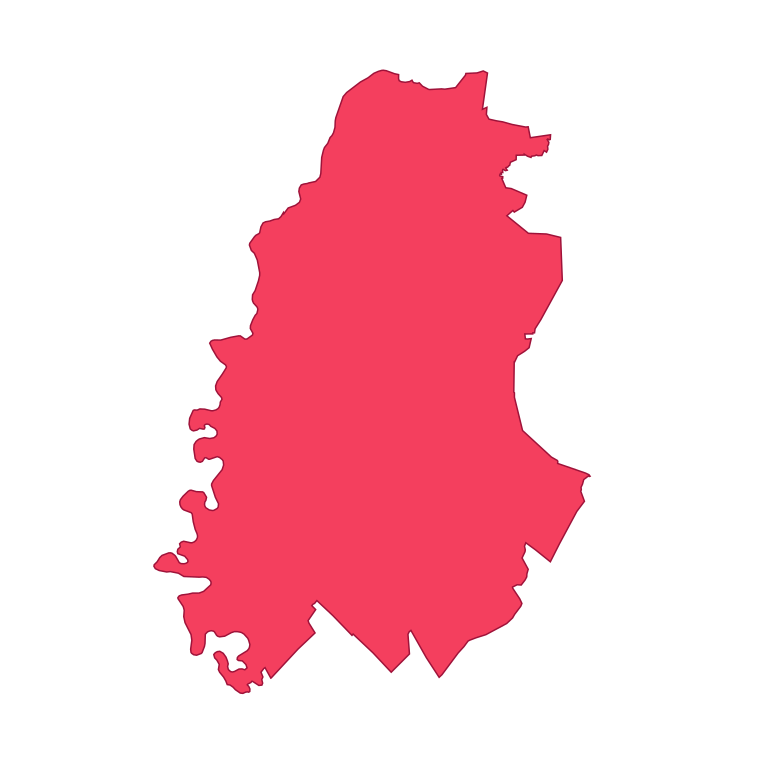 Puchenii Mari, Prahova, Romania, rotated 95°
{"feature_id": "2599482B6135961809734", "entity_name": "Puchenii Mari", "entity_type": "district", "adm_level": 2, "iso_a3": "ROU", "parent_name": "Romania", "parent_adm1": "Prahova", "projection": "orthographic", "projection_center": [26.095, 44.824], "detail": "fine", "context": "isolated", "style": "filled", "palette": "rose", "viewbox_px": 768, "rotation_deg": 95, "n_neighbors": 0, "source": "geoboundaries", "source_scale": "gbopen_adm2", "svg_char_len": 6138}
<svg xmlns="http://www.w3.org/2000/svg" viewBox="0 0 768 768"><g transform="rotate(95 384 384)"><path d="M585.7,597.3L587.9,595.7L589.4,591.7L590.2,584.1L589.5,580.6L590.4,572.3L593.2,566.6L592.5,551.1L592.0,547.8L592.1,544.1L593.8,541.1L595.6,539.4L597.2,538.9L599.2,539.1L606.3,545.6L608.4,550.0L609.0,556.5L610.4,560.8L611.8,567.2L612.9,569.5L614.7,570.7L615.8,570.5L623.2,564.6L626.8,563.3L633.2,563.2L639.1,561.4L650.4,554.4L656.0,553.1L665.0,553.5L668.1,552.9L669.0,552.2L670.3,550.0L670.5,547.0L668.4,542.6L667.4,541.8L661.1,540.0L658.0,539.7L648.8,540.2L646.3,538.2L645.3,536.3L644.8,534.4L645.1,532.2L645.7,531.3L649.0,528.8L649.8,527.6L650.2,525.7L649.1,520.7L645.0,514.4L643.7,511.4L643.5,508.5L643.7,506.0L644.0,504.3L645.3,501.7L649.2,497.5L651.3,496.4L655.2,494.9L658.0,495.1L659.5,495.6L661.6,497.0L667.6,505.1L669.2,506.2L671.2,506.3L672.1,505.0L672.2,501.0L675.5,497.1L678.7,495.7L680.8,497.7L680.2,500.6L680.6,503.6L683.4,507.9L684.1,509.8L683.9,511.7L682.0,514.2L679.0,515.2L676.4,514.8L673.4,515.9L669.9,517.6L666.3,520.7L664.6,524.3L665.1,526.6L665.8,527.8L667.0,529.2L668.4,530.0L671.6,528.8L673.7,526.4L677.7,523.7L682.9,524.1L685.5,522.6L690.0,518.2L693.6,515.7L697.1,514.0L697.3,511.1L699.2,507.9L701.5,505.4L704.4,500.3L704.5,497.6L703.0,494.9L702.6,493.1L702.8,491.9L702.0,490.9L699.5,491.0L697.1,492.3L695.6,494.0L694.6,493.3L693.0,490.6L691.7,489.8L691.7,489.0L695.2,482.4L694.6,479.4L692.6,478.8L689.1,480.0L686.4,479.1L681.8,481.4L678.0,479.0L676.9,477.8L686.9,471.1L686.7,470.8L655.5,446.5L638.0,431.0L628.8,437.9L626.3,439.0L614.7,432.4L611.1,436.6L609.6,435.6L608.6,434.0L605.6,432.0L619.2,414.7L637.2,394.0L635.8,393.0L652.8,371.5L670.5,351.7L650.7,335.1L631.3,338.3L628.8,337.4L627.1,335.7L652.9,318.0L671.4,303.5L668.5,300.9L645.5,286.7L638.7,281.5L632.8,277.9L631.8,276.4L628.8,270.2L624.8,260.6L611.9,240.9L605.8,235.5L602.1,233.8L593.5,228.4L590.6,227.5L586.1,230.1L576.2,238.0L575.1,238.3L572.4,233.9L572.3,229.8L567.0,226.4L563.7,225.0L560.7,225.1L556.0,224.2L545.3,231.3L538.8,228.9L536.8,228.8L533.4,229.9L529.8,228.9L535.9,218.8L546.6,202.8L527.9,195.3L494.1,180.8L483.4,174.1L473.6,178.7L472.3,178.2L469.8,178.7L466.4,177.5L461.8,176.7L457.4,171.9L458.2,171.4L457.9,170.7L456.5,171.9L455.2,175.4L448.0,204.1L446.0,204.1L445.1,204.6L442.2,210.9L418.3,241.9L385.9,252.9L381.4,253.3L380.7,254.0L350.7,256.2L350.7,255.8L344.2,253.4L339.0,246.6L335.2,242.6L325.9,241.3L326.7,244.9L326.7,247.1L321.9,248.1L321.1,240.1L320.0,240.1L319.9,238.5L315.8,238.3L306.3,233.4L265.3,215.4L222.6,220.8L220.4,235.1L221.3,253.3L205.7,276.3L199.9,270.7L201.4,269.2L195.9,261.6L190.6,259.3L183.5,258.2L178.2,274.3L177.9,279.8L168.9,284.6L168.7,283.7L167.2,283.7L166.7,286.6L165.9,287.0L164.6,286.5L164.8,285.3L163.1,285.7L163.0,284.1L160.7,284.6L159.9,284.3L159.8,283.9L160.9,281.7L160.3,279.9L158.1,281.6L157.6,281.2L157.2,279.7L155.6,278.6L155.3,277.9L152.1,277.4L149.0,271.9L144.6,272.2L143.7,264.2L142.8,264.3L144.6,260.8L145.5,257.3L144.2,256.8L143.5,253.6L142.6,252.2L143.1,250.5L142.6,246.7L137.5,244.8L138.9,242.3L135.9,241.2L132.7,241.8L131.2,241.0L128.9,240.8L126.2,242.8L125.6,242.2L126.3,240.6L125.9,239.7L121.2,239.8L125.9,259.7L115.2,262.8L115.7,265.2L114.3,278.9L112.5,288.6L112.0,295.1L111.0,302.5L106.6,305.5L99.4,305.6L101.8,309.9L65.2,308.0L63.5,312.4L66.0,318.4L67.5,329.5L69.3,329.8L82.5,338.5L85.0,349.1L85.0,352.4L86.7,364.4L86.6,365.3L84.0,371.6L80.9,375.1L81.6,377.1L81.3,380.6L80.5,381.6L78.9,382.6L80.5,384.8L81.6,389.1L81.4,393.2L80.5,395.3L78.6,396.1L74.5,396.4L74.0,400.5L71.7,409.0L71.5,412.1L71.8,413.7L73.1,417.0L75.4,421.2L80.5,426.8L85.2,433.8L96.9,446.6L101.2,449.7L122.9,455.2L126.1,455.5L132.6,455.2L138.1,456.2L141.1,457.5L143.2,459.2L149.2,461.0L153.6,463.9L156.4,464.7L163.7,465.8L179.8,465.3L183.6,465.9L188.2,469.8L190.4,476.9L190.9,477.7L191.8,481.4L192.9,483.8L196.2,485.4L199.7,485.6L207.0,483.1L210.4,484.1L213.7,487.8L217.0,494.8L223.1,498.6L221.9,499.1L226.2,501.2L228.6,503.4L229.7,507.8L231.6,511.9L232.7,516.1L234.1,518.5L238.2,520.3L244.1,521.0L245.0,521.6L247.0,524.6L248.6,525.9L255.5,530.0L257.3,530.2L262.5,527.8L265.1,524.5L271.6,521.0L284.0,517.5L286.7,517.3L292.3,518.1L302.2,520.5L306.6,522.7L311.2,522.6L312.8,522.1L314.8,521.0L318.1,517.4L319.5,516.5L321.1,516.2L324.9,516.8L326.8,518.3L331.4,520.3L337.5,522.1L340.4,522.0L344.9,519.0L346.7,519.3L351.1,524.4L351.4,526.5L348.6,531.3L348.7,533.0L350.8,540.7L354.5,550.5L354.9,556.5L355.5,558.6L356.5,560.1L358.5,561.2L364.2,558.0L371.6,552.8L375.6,548.9L378.8,543.5L380.4,542.5L381.7,542.6L388.2,545.9L396.0,550.4L400.6,551.6L404.4,551.0L405.7,550.2L408.1,548.4L411.7,544.6L413.4,544.1L416.3,545.5L418.8,545.5L421.5,546.2L423.0,547.2L424.5,549.2L425.6,552.3L425.7,553.8L424.7,560.4L424.9,565.3L426.3,567.8L426.4,570.8L427.0,571.8L435.1,574.6L441.0,574.7L445.6,573.1L446.9,571.2L447.3,569.7L446.2,566.3L444.3,563.9L444.7,560.2L444.4,559.0L442.7,558.6L441.7,559.3L440.8,559.3L439.9,558.5L439.3,556.9L439.6,554.6L441.2,552.9L443.0,548.6L445.4,546.3L448.6,545.8L450.6,546.8L452.4,548.8L453.5,552.8L453.1,558.3L454.9,563.2L456.1,564.7L457.6,566.2L460.9,567.9L465.5,567.8L474.7,565.6L477.3,563.5L477.8,561.9L477.9,560.1L476.9,558.2L473.2,556.2L472.9,554.8L474.2,552.2L474.2,551.3L470.9,543.8L471.5,541.4L473.4,538.6L474.7,537.5L478.7,536.7L483.5,537.8L495.0,545.5L498.6,547.0L500.2,546.9L511.6,542.1L517.7,538.4L521.2,538.5L522.6,539.4L524.7,542.5L525.0,543.9L524.7,547.1L522.8,550.7L521.3,551.8L519.5,552.3L517.2,552.2L515.4,551.3L512.3,550.9L507.9,554.1L507.3,555.3L507.6,561.5L506.6,566.9L506.9,568.3L508.0,569.8L513.3,574.4L516.9,576.7L519.2,577.2L522.0,576.7L524.3,575.5L526.0,573.9L526.9,572.4L529.0,564.8L530.4,563.7L537.9,562.0L545.3,559.4L549.4,557.2L551.6,556.5L553.4,556.5L555.8,557.4L557.7,559.1L558.9,561.4L559.0,562.8L558.1,569.9L559.2,572.2L561.0,573.7L563.5,572.8L564.3,572.9L566.6,575.0L569.0,575.3L571.0,574.6L572.9,567.5L576.1,564.3L577.7,563.8L578.8,564.2L579.8,565.5L580.5,567.5L580.6,570.6L579.8,572.4L573.7,576.6L572.7,577.8L571.0,580.5L570.8,582.0L571.0,583.7L574.1,590.2L576.4,592.2L580.9,594.5L584.1,597.2L585.7,597.3Z" fill="#f43f5e" stroke="#9f1239" stroke-width="1.5"/></g></svg>